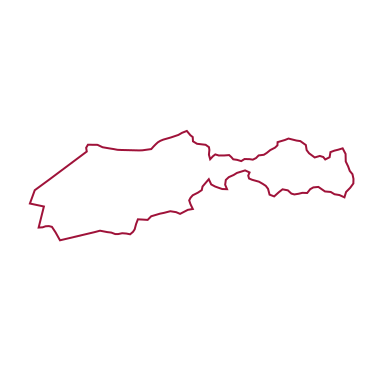 the district of Japira, Paraná, Brazil, rotated 104°
{"feature_id": "56859067B85982905121140", "entity_name": "Japira", "entity_type": "district", "adm_level": 2, "iso_a3": "BRA", "parent_name": "Brazil", "parent_adm1": "Paraná", "projection": "orthographic", "projection_center": [-50.179, -23.711], "detail": "fine", "context": "isolated", "style": "outline", "palette": "rose", "viewbox_px": 384, "rotation_deg": 104, "n_neighbors": 0, "source": "geoboundaries", "source_scale": "gbopen_adm2", "svg_char_len": 2037}
<svg xmlns="http://www.w3.org/2000/svg" viewBox="0 0 384 384"><g transform="rotate(104 192 192)"><path d="M160.3,42.8L154.7,42.5L149.6,39.5L144.7,37.5L140.2,38.5L135.9,40.6L133.4,44.0L129.4,46.7L125.2,50.2L117.9,52.2L113.2,56.4L115.6,60.4L117.4,63.8L119.8,67.3L125.0,66.9L128.2,70.6L126.3,73.1L126.1,76.7L128.8,81.3L126.1,87.8L123.6,90.9L118.9,92.9L116.4,99.2L116.8,103.0L116.8,107.4L116.8,111.3L119.1,114.5L122.9,121.0L126.1,120.4L128.9,122.2L132.4,126.2L136.1,129.0L138.5,131.3L140.4,136.2L143.6,138.1L145.9,140.8L146.2,144.0L147.3,149.0L150.1,151.7L149.9,156.1L150.3,159.9L148.6,162.3L147.2,164.9L148.8,169.7L150.1,174.8L149.9,178.5L152.2,180.3L155.8,182.3L151.7,184.6L147.0,185.3L144.4,186.4L142.9,190.2L144.0,198.8L142.6,203.3L138.5,204.6L137.3,207.3L134.0,211.8L137.0,216.0L139.9,219.0L144.2,225.7L148.1,232.5L150.0,235.1L152.0,237.1L154.4,238.7L157.3,240.4L160.2,241.9L163.5,250.1L164.4,253.2L168.4,271.1L169.1,274.6L169.3,278.4L169.7,282.9L170.2,289.6L169.1,295.1L171.3,304.4L174.7,305.4L178.2,303.9L214.1,333.2L228.3,345.0L242.4,346.5L241.9,332.2L263.6,332.2L262.4,328.4L260.7,325.8L259.7,322.6L259.7,319.5L264.2,314.6L270.8,308.4L254.5,276.8L251.8,271.9L251.4,264.5L250.9,260.5L251.4,256.3L250.6,253.3L248.9,249.8L248.2,245.7L248.0,241.8L244.9,239.6L242.1,238.6L236.7,238.5L231.6,237.9L230.8,233.8L229.8,228.3L225.4,225.7L223.0,221.6L220.8,217.9L219.1,214.3L215.9,208.4L215.4,202.5L216.1,198.3L213.4,195.2L210.3,191.7L208.3,187.1L204.1,190.6L200.8,192.7L197.9,192.0L195.0,190.5L191.2,186.1L187.8,183.0L184.1,183.1L175.5,178.8L180.0,175.2L181.1,170.9L181.5,166.9L181.8,163.4L180.8,158.7L176.9,161.6L172.1,162.1L168.7,159.9L165.4,155.7L162.6,153.0L160.2,149.0L158.2,145.7L159.1,140.9L162.5,141.4L165.1,139.9L165.6,136.6L165.8,129.5L167.0,125.3L168.2,121.9L170.5,119.0L175.8,116.1L176.4,111.2L171.2,107.7L167.5,104.8L167.2,99.4L169.5,95.2L169.6,92.1L167.9,88.1L166.1,84.7L165.1,80.0L160.7,78.0L158.2,75.4L156.5,70.6L159.3,63.1L158.4,57.4L159.7,53.2L159.3,48.2L160.3,42.8Z" fill="none" stroke="#9f1239" stroke-width="2"/></g></svg>